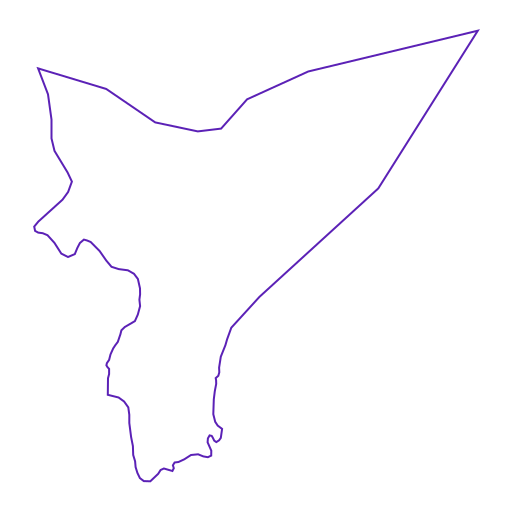 outline of Ma'rib
{"feature_id": "YEM-337", "entity_name": "Ma'rib", "entity_type": "Governorate", "adm_level": 1, "iso_a3": "YEM", "parent_name": "Yemen", "parent_adm1": "", "projection": "equal_earth", "projection_center": [45.213, 15.324], "detail": "fine", "context": "isolated", "style": "outline", "palette": "violet", "viewbox_px": 512, "rotation_deg": 0, "n_neighbors": 0, "source": "natural_earth", "source_scale": "10m", "svg_char_len": 1488}
<svg xmlns="http://www.w3.org/2000/svg" viewBox="0 0 512 512"><path d="M197.8,131.4L221.1,128.6L247.1,99.3L308.2,71.5L477.8,30.7L378.3,188.4L259.5,296.8L231.3,327.7L227.1,339.3L225.4,345.2L220.8,356.7L219.1,367.6L219.3,372.3L218.3,375.8L215.7,378.1L216.1,380.4L216.2,383.9L214.8,391.2L213.8,399.3L213.3,414.2L215.2,421.8L217.7,425.6L222.1,428.9L220.8,437.9L219.1,440.3L216.3,442.1L214.2,440.6L212.8,437.7L211.7,435.9L209.6,435.4L207.9,438.4L207.6,442.3L211.3,450.7L211.2,455.6L207.9,457.2L203.3,456.4L198.1,454.3L191.0,455.0L184.3,459.3L178.5,462.0L174.6,462.5L172.9,465.3L173.8,468.2L172.4,471.0L163.9,468.5L160.6,470.0L158.2,473.8L150.3,481.3L143.8,481.1L139.9,478.1L137.4,472.9L135.6,467.1L135.1,461.3L133.2,455.0L132.9,446.1L131.1,437.0L129.3,423.0L129.3,414.8L128.3,407.4L124.1,401.5L118.6,397.5L107.8,394.8L108.0,378.2L109.1,374.1L109.1,368.9L107.4,367.0L106.4,365.3L106.9,363.1L109.1,359.9L110.5,354.4L113.2,348.4L115.3,345.2L117.8,341.9L120.4,334.3L121.4,330.3L124.8,327.0L134.9,321.1L137.8,314.6L140.1,306.1L139.4,299.7L140.1,294.3L140.0,288.4L137.9,279.0L134.0,273.8L127.9,270.3L118.7,269.1L111.5,266.8L106.3,260.6L99.6,251.0L90.7,242.0L87.1,240.5L83.9,239.6L79.9,243.0L77.4,247.8L74.8,254.1L68.0,257.0L61.3,253.6L54.4,242.8L47.5,235.2L42.7,233.2L38.2,232.6L35.1,230.9L34.2,226.6L38.4,221.5L62.5,199.7L68.1,192.0L71.9,181.6L67.6,172.5L54.5,150.9L51.5,138.4L51.5,119.6L48.0,94.3L38.1,68.4L106.3,89.0L155.2,122.4L197.8,131.4Z" fill="none" stroke="#5b21b6" stroke-width="2"/></svg>